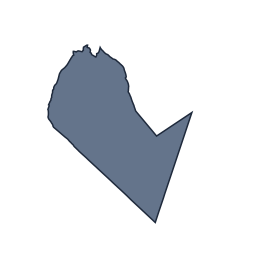 Seme, Nyanza, Kenya, rotated 327°
{"feature_id": "3690345B94022064198400", "entity_name": "Seme", "entity_type": "district", "adm_level": 2, "iso_a3": "KEN", "parent_name": "Kenya", "parent_adm1": "Nyanza", "projection": "equal_earth", "projection_center": [34.518, -0.156], "detail": "fine", "context": "isolated", "style": "filled", "palette": "slate", "viewbox_px": 256, "rotation_deg": 327, "n_neighbors": 0, "source": "geoboundaries", "source_scale": "gbopen_adm2", "svg_char_len": 3466}
<svg xmlns="http://www.w3.org/2000/svg" viewBox="0 0 256 256"><g transform="rotate(327 128 128)"><path d="M66.9,75.2L66.5,76.6L66.4,77.3L66.5,78.1L66.5,78.6L66.6,79.2L66.6,79.8L66.7,80.3L66.7,81.0L66.6,81.6L66.6,82.4L66.7,83.3L66.6,83.9L66.5,84.5L66.4,85.1L66.1,85.6L66.1,86.2L66.0,86.8L70.4,101.7L70.7,102.4L70.9,103.1L71.2,103.9L71.4,104.6L71.5,105.5L71.6,106.4L71.7,107.2L71.8,107.9L72.1,108.5L72.2,109.4L72.3,110.2L72.5,111.0L72.8,111.9L72.8,112.7L72.8,113.6L72.8,114.2L74.0,119.3L74.1,119.9L74.2,120.5L74.8,122.9L75.8,126.7L76.8,130.4L77.4,133.1L79.3,140.7L84.7,162.1L85.6,165.9L87.5,173.4L89.0,179.3L90.2,184.2L91.5,190.2L92.8,195.4L98.1,216.8L99.4,222.1L108.7,214.6L119.6,206.0L122.6,203.5L143.1,187.2L190.0,149.8L147.6,150.3L143.8,118.9L143.7,118.1L143.9,117.1L144.2,116.1L144.5,114.8L144.8,113.5L145.0,113.0L145.3,112.1L145.4,111.1L145.7,109.8L145.8,109.0L146.1,107.7L146.5,105.9L146.8,105.0L147.0,104.2L147.2,103.4L147.3,102.6L147.4,101.8L147.7,100.5L147.8,99.7L147.8,98.7L147.8,98.0L148.0,97.5L148.7,96.9L149.1,96.1L149.5,95.8L149.9,95.2L150.2,94.7L150.7,94.1L151.1,93.7L151.4,93.1L151.8,92.3L152.0,91.8L152.3,91.0L152.4,90.4L152.6,89.9L152.7,89.2L152.8,88.5L152.9,87.9L152.9,87.3L152.8,86.7L152.8,86.2L152.9,85.6L152.9,85.1L153.2,84.5L153.8,84.5L154.2,84.2L154.5,83.9L155.0,82.7L155.4,81.7L155.7,80.6L156.0,79.6L156.1,78.7L156.3,78.1L156.5,77.2L156.8,76.6L157.0,75.9L157.2,75.1L157.2,74.3L157.2,73.4L157.1,72.8L156.9,72.1L156.7,71.1L156.4,70.3L156.3,69.6L156.1,68.9L156.0,68.2L155.7,67.3L155.4,66.5L155.2,65.7L155.1,65.1L154.9,64.5L154.6,63.9L154.3,63.4L154.0,63.0L153.4,62.4L153.0,61.9L152.8,61.4L152.6,60.8L152.4,60.2L152.0,59.3L151.8,58.8L151.5,58.0L151.4,57.1L151.2,56.4L151.1,55.8L150.9,55.3L150.6,54.9L150.2,54.4L149.9,53.8L149.6,53.1L149.4,52.2L149.2,51.5L149.1,50.6L148.9,49.5L148.8,48.9L148.6,48.4L148.5,47.8L148.5,47.1L148.4,46.4L148.5,45.3L145.3,48.2L143.5,48.9L142.9,48.7L142.2,48.6L141.7,49.4L141.3,50.0L140.6,50.4L140.2,50.6L139.7,50.9L139.4,50.5L139.1,50.0L138.5,48.6L138.0,47.7L137.6,46.9L137.6,46.3L137.8,45.8L137.9,45.1L137.4,44.0L137.9,43.4L138.3,43.0L138.8,42.4L139.0,42.0L139.1,41.3L139.1,39.9L138.1,38.7L137.7,38.2L139.2,36.5L138.6,36.1L134.7,36.0L133.9,36.9L133.1,38.0L132.9,38.5L132.5,38.6L132.0,38.6L131.5,38.9L131.1,39.0L130.7,38.7L129.3,37.2L128.8,36.7L128.2,36.2L127.5,36.0L127.0,36.0L126.3,36.1L125.3,35.2L124.9,34.7L124.4,34.3L123.9,33.9L123.6,34.2L123.3,34.7L123.0,35.1L122.8,35.7L122.4,36.5L122.2,37.3L121.8,37.3L121.2,37.3L120.8,37.3L120.4,37.5L119.8,37.8L119.1,38.1L118.7,38.3L118.2,38.4L117.1,39.1L116.0,39.5L115.5,39.9L114.9,40.1L113.6,40.8L113.0,41.1L112.4,41.4L111.2,41.9L110.8,42.1L110.3,42.2L109.3,42.5L107.9,42.9L107.5,43.0L107.1,43.0L103.7,43.4L103.2,43.6L100.6,44.9L100.1,45.2L99.5,45.7L98.7,46.5L98.3,46.8L97.9,47.2L97.3,47.8L96.9,48.1L96.6,48.4L96.0,49.0L95.6,49.3L95.2,49.6L94.8,49.9L94.4,50.2L93.9,50.6L93.3,51.0L93.0,51.3L92.6,51.5L92.2,51.7L91.7,51.9L91.2,52.0L90.7,52.1L90.1,52.2L89.6,52.4L89.3,52.6L88.9,52.8L88.4,53.1L88.0,53.4L87.7,53.7L87.3,54.2L87.0,54.7L86.3,55.2L85.9,55.1L85.4,55.3L84.9,55.9L84.5,56.5L84.1,57.1L83.7,57.5L83.2,57.9L82.6,58.3L82.2,58.7L81.6,59.3L81.1,60.0L80.8,60.6L80.2,61.0L79.7,61.3L79.2,61.7L78.8,62.2L78.5,62.6L78.2,62.9L77.6,63.1L77.0,63.3L76.7,63.6L74.0,65.3L74.3,65.8L73.8,66.6L72.8,67.3L70.9,68.8L70.8,69.4L70.6,69.9L70.4,70.4L70.1,70.9L69.7,71.6L69.4,72.1L69.0,72.7L68.6,73.3L68.2,73.8L67.8,74.3L66.9,75.2Z" fill="#64748b" stroke="#1e293b" stroke-width="1.5"/></g></svg>